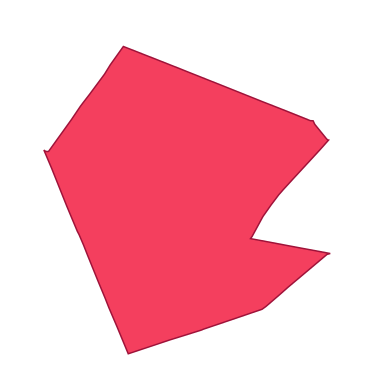 Quan 10, Hồ Chí Minh city, Vietnam, rotated 353°
{"feature_id": "81297802B93335721036450", "entity_name": "Quan 10", "entity_type": "district", "adm_level": 2, "iso_a3": "VNM", "parent_name": "Vietnam", "parent_adm1": "Hồ Chí Minh city", "projection": "orthographic", "projection_center": [106.669, 10.773], "detail": "fine", "context": "isolated", "style": "filled", "palette": "rose", "viewbox_px": 384, "rotation_deg": 353, "n_neighbors": 0, "source": "geoboundaries", "source_scale": "gbopen_adm2", "svg_char_len": 827}
<svg xmlns="http://www.w3.org/2000/svg" viewBox="0 0 384 384"><g transform="rotate(353 192 192)"><path d="M321.7,269.9L289.7,259.8L244.4,245.4L246.2,243.5L259.4,225.0L268.9,214.5L277.9,205.2L283.2,200.5L293.6,191.6L323.9,165.9L333.9,157.1L332.9,156.7L332.0,155.6L322.1,139.8L320.9,136.1L318.1,135.6L289.0,119.6L272.7,110.8L220.6,82.2L201.4,71.7L195.8,68.6L161.0,49.7L141.6,39.2L126.4,55.8L119.6,64.3L102.1,82.7L94.5,90.4L91.7,93.3L81.0,105.6L54.6,134.2L53.0,134.2L52.2,133.9L51.5,133.6L50.8,133.1L50.1,132.3L55.6,151.5L66.0,190.8L73.4,217.1L74.7,220.5L77.9,231.5L80.7,242.3L88.1,269.8L92.9,287.0L95.4,296.7L101.2,316.7L109.0,344.8L121.9,342.2L151.5,336.2L184.9,330.1L186.4,329.6L231.2,320.3L247.3,316.9L251.3,314.7L266.0,304.9L275.6,298.3L318.4,270.4L321.7,269.9Z" fill="#f43f5e" stroke="#9f1239" stroke-width="1.5"/></g></svg>